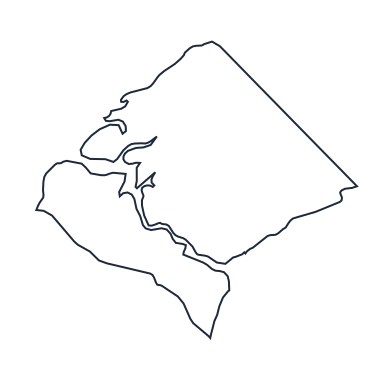 outline of Ziguinchor, rotated 45°
{"feature_id": "SEN-775", "entity_name": "Ziguinchor", "entity_type": "Region", "adm_level": 1, "iso_a3": "SEN", "parent_name": "Senegal", "parent_adm1": "", "projection": "natural_earth1", "projection_center": [-16.415, 12.748], "detail": "fine", "context": "isolated", "style": "outline", "palette": "slate", "viewbox_px": 384, "rotation_deg": 45, "n_neighbors": 0, "source": "natural_earth", "source_scale": "10m", "svg_char_len": 2890}
<svg xmlns="http://www.w3.org/2000/svg" viewBox="0 0 384 384"><g transform="rotate(45 192 192)"><path d="M108.6,69.2L119.6,69.3L161.2,69.8L199.6,70.2L255.5,70.8L288.4,71.1L304.6,71.3L302.3,75.9L297.9,81.5L296.7,85.0L297.0,87.5L298.6,88.5L300.5,89.2L302.2,90.1L303.7,92.2L303.6,94.4L293.5,118.5L282.1,139.3L281.8,142.7L282.2,145.8L283.4,150.9L282.6,153.9L282.2,160.0L281.7,161.9L281.1,163.5L278.4,166.5L277.1,168.4L276.5,170.1L274.4,188.5L273.3,191.1L272.8,195.2L273.2,197.7L271.6,197.7L271.6,199.9L271.3,201.1L268.6,207.2L267.4,209.1L266.4,219.2L259.4,224.3L249.0,226.3L246.4,227.7L241.2,231.6L239.6,232.4L237.0,232.0L230.8,230.2L221.3,230.2L218.4,230.9L213.6,233.4L210.9,234.2L207.9,234.2L199.7,232.4L197.0,233.0L193.4,235.8L191.2,236.4L190.3,237.8L189.0,241.0L187.3,244.3L185.0,246.3L174.7,242.4L166.3,237.0L162.4,233.2L160.7,229.3L159.7,228.6L157.4,227.7L155.1,226.4L153.8,224.3L154.2,221.4L155.8,218.8L158.2,216.9L160.7,216.2L160.7,214.0L156.8,213.9L154.4,211.7L153.0,208.1L152.1,204.0L150.4,228.3L148.5,228.3L145.1,223.2L135.8,214.0L134.7,208.2L131.7,210.9L129.8,214.2L127.5,216.9L123.5,218.1L120.4,217.4L118.4,215.3L117.4,212.2L117.6,208.2L121.2,200.5L126.2,194.7L129.5,188.0L127.9,177.6L126.8,185.6L126.2,187.8L124.9,190.4L123.7,191.7L122.5,192.6L117.5,197.9L115.3,200.9L114.3,204.7L114.0,211.0L115.8,221.5L115.2,226.3L107.6,230.0L96.6,240.6L88.1,244.0L83.4,240.9L81.4,233.2L81.0,223.2L82.4,212.8L86.4,202.4L92.9,196.6L101.7,199.9L102.2,195.6L98.5,192.3L93.3,191.1L88.9,192.9L83.7,200.2L80.8,202.6L77.6,201.8L79.1,199.4L79.6,196.8L79.1,194.3L77.6,191.9L83.1,183.1L84.2,178.7L82.9,173.6L81.0,173.6L79.9,176.8L78.1,178.3L76.6,177.1L75.9,172.6L76.5,169.1L78.0,165.3L87.0,150.0L87.9,146.2L87.7,142.5L86.5,135.5L86.2,132.2L86.8,126.0L89.3,113.7L89.8,105.8L89.5,101.0L88.4,98.5L88.8,91.7L89.7,88.4L91.3,86.0L95.3,81.5L96.1,78.7L99.8,71.5L108.6,69.2ZM285.6,283.9L280.7,282.9L264.9,276.8L255.9,275.9L236.8,279.7L235.1,280.5L234.0,281.5L232.9,282.1L230.8,281.6L225.3,279.2L222.6,278.6L220.0,279.3L202.5,290.1L182.3,302.6L174.6,306.2L161.9,306.3L148.7,310.0L144.0,310.3L109.7,307.6L100.4,310.2L94.7,314.8L93.0,311.0L91.8,307.1L90.7,301.1L89.1,299.1L85.3,296.0L79.5,289.6L76.9,285.7L75.8,281.9L75.8,269.6L76.4,267.0L78.9,264.4L79.5,261.7L81.3,258.6L93.9,250.0L99.4,249.8L107.2,250.5L115.7,244.5L118.4,241.9L119.8,239.5L120.9,237.0L122.6,234.2L132.3,226.1L136.9,232.3L140.5,243.5L144.0,246.1L144.2,241.5L146.8,237.9L151.2,236.4L156.2,237.7L164.7,243.2L172.3,245.6L180.7,250.1L185.0,250.5L190.0,247.8L196.1,239.2L200.6,236.4L206.5,236.7L211.5,238.8L216.5,239.4L222.2,235.3L225.2,233.9L227.1,236.5L228.6,240.3L230.1,242.4L249.7,234.0L254.3,232.8L260.3,232.4L264.3,231.0L267.5,228.3L271.3,226.1L276.8,226.3L281.3,229.1L287.9,235.2L287.7,236.9L288.5,244.7L292.1,253.4L296.7,261.1L299.1,267.4L307.0,280.7L308.1,282.3L305.7,282.2L285.6,283.9Z" fill="none" stroke="#1e293b" stroke-width="2"/></g></svg>